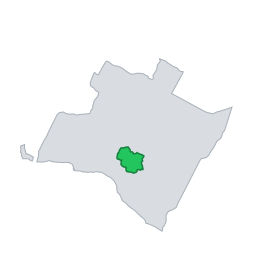 Angola, with Huambo highlighted, rotated 297°
{"feature_id": "AGO-1890", "entity_name": "Huambo", "entity_type": "Province", "adm_level": 1, "iso_a3": "AGO", "parent_name": "Angola", "parent_adm1": "", "projection": "orthographic", "projection_center": [15.812, -12.604], "detail": "fine", "context": "in_parent", "style": "filled", "palette": "green", "viewbox_px": 256, "rotation_deg": 297, "n_neighbors": 0, "source": "natural_earth", "source_scale": "10m", "svg_char_len": 5715}
<svg xmlns="http://www.w3.org/2000/svg" viewBox="0 0 256 256"><g transform="rotate(297 128 128)"><path d="M204.0,124.6L204.2,126.2L204.4,128.6L204.6,130.3L204.7,131.0L204.8,131.4L204.6,131.9L204.3,132.9L204.0,133.7L203.8,134.4L203.9,135.5L203.5,138.9L203.4,140.6L203.8,143.6L203.7,144.5L202.6,147.2L202.3,148.6L202.2,149.3L203.2,151.3L203.1,151.7L202.3,151.8L201.6,151.9L178.5,151.2L177.6,186.2L177.5,189.2L178.1,193.1L179.3,197.4L179.8,197.9L181.2,198.7L183.0,200.3L184.0,201.6L186.1,203.7L188.8,206.5L193.8,211.2L176.5,214.1L169.8,215.2L169.2,215.2L168.2,214.7L166.1,214.6L163.6,215.2L161.6,215.3L160.2,215.0L158.7,214.4L157.4,213.5L155.0,213.2L151.5,213.3L148.2,213.1L145.0,212.5L142.7,212.3L141.3,212.4L139.8,212.2L138.3,211.7L137.0,210.9L135.4,209.1L134.2,207.5L133.9,207.3L133.5,207.0L133.1,206.9L126.2,206.8L84.3,206.7L79.4,207.0L79.0,206.9L78.4,206.7L78.0,206.4L76.6,205.5L75.4,204.8L73.8,203.6L72.7,202.3L71.8,201.9L70.2,201.7L69.0,201.5L68.1,201.4L66.4,202.1L65.1,202.7L64.2,203.3L62.7,204.0L61.3,204.6L59.0,204.6L58.5,204.7L57.2,204.7L56.0,204.1L54.8,204.2L53.4,204.9L51.5,205.2L51.8,200.4L52.3,198.2L52.2,195.7L51.8,189.0L51.5,188.1L51.2,187.1L52.4,186.2L53.0,185.6L53.8,184.5L54.4,182.9L55.1,179.5L57.5,171.6L58.6,163.9L60.1,160.3L60.6,156.2L64.9,150.9L65.9,147.6L68.2,146.0L71.3,144.3L73.6,141.2L74.7,139.2L75.9,135.1L75.9,131.0L76.6,125.4L76.4,123.8L75.2,121.6L75.0,120.0L73.9,118.5L72.7,117.3L72.1,115.2L70.0,111.9L69.4,109.7L68.4,108.1L68.3,106.2L67.7,104.1L66.7,102.1L65.7,99.7L65.7,99.0L66.3,98.1L66.9,97.8L66.7,98.3L66.3,98.8L66.4,99.2L70.2,95.1L70.5,94.3L70.3,93.4L70.3,92.3L70.5,91.0L66.7,83.5L63.8,76.5L63.3,72.9L59.4,68.3L57.9,65.3L57.0,63.2L56.3,62.4L56.6,62.0L57.6,61.9L59.8,61.4L62.8,60.8L65.6,59.5L66.3,59.0L67.8,58.9L69.3,59.2L69.9,58.9L70.2,58.9L73.7,58.9L75.2,58.8L77.9,58.8L79.7,58.9L80.7,59.0L83.3,59.2L86.6,59.1L87.8,59.0L92.1,58.9L100.3,58.8L104.6,58.8L107.8,58.8L109.3,59.3L110.7,60.1L111.3,60.9L111.6,61.2L112.0,62.0L112.7,62.6L113.0,63.6L112.7,65.0L112.9,66.6L113.3,68.4L114.2,70.4L115.5,72.5L116.1,74.1L115.9,75.3L116.3,76.6L117.3,78.0L118.1,78.7L118.5,79.2L119.6,81.3L123.3,87.1L123.9,87.4L124.7,87.3L126.4,87.1L128.1,87.1L129.3,87.6L129.8,87.5L131.7,86.5L133.5,86.3L135.4,85.9L136.4,85.5L137.5,85.5L140.7,86.3L141.2,86.4L143.8,86.4L146.3,86.0L146.7,82.7L146.7,82.0L147.3,80.7L148.1,79.7L148.2,78.6L148.2,77.2L148.7,75.5L150.4,74.1L153.2,73.5L154.7,73.4L157.2,73.1L160.9,72.8L162.3,72.8L162.4,73.0L161.6,75.4L161.6,76.2L161.8,77.0L162.5,77.4L169.9,77.6L177.0,78.1L177.4,78.2L177.7,78.4L178.1,79.6L178.0,81.9L177.2,85.2L177.5,88.4L178.6,91.4L178.7,95.9L177.6,102.0L177.3,105.8L177.9,107.4L179.0,109.1L180.7,110.9L182.0,113.3L183.0,116.1L183.3,117.9L183.0,118.6L183.0,119.8L183.3,121.7L182.9,122.8L181.9,123.4L181.6,124.2L182.0,125.8L182.1,127.2L182.8,128.1L183.2,128.2L184.2,127.7L185.4,126.8L186.3,126.4L187.7,126.5L189.5,126.8L192.8,127.0L193.8,126.9L196.9,125.7L197.7,125.6L198.9,125.8L200.6,126.2L202.3,126.3L203.1,126.0L203.2,125.4L203.5,124.8L204.0,124.6ZM66.3,43.3L66.1,43.5L64.7,44.1L63.2,44.6L61.2,46.8L60.2,47.7L59.9,48.0L59.0,48.5L58.4,49.0L58.8,49.5L59.3,49.9L59.3,53.4L59.1,56.9L58.9,57.2L57.6,57.3L55.9,57.6L55.4,57.8L55.2,57.4L54.6,56.2L55.0,55.0L55.3,54.0L54.9,52.2L54.0,50.6L53.1,48.6L52.8,48.2L53.6,47.5L54.7,46.0L55.2,45.3L56.5,45.1L57.0,44.5L57.4,43.7L57.5,43.2L59.0,42.8L60.8,42.0L61.8,41.2L62.8,40.7L63.4,40.7L63.8,40.9L65.0,42.3L66.0,43.1L66.3,43.3Z" fill="#d9dde1" stroke="#a8b0b8" stroke-width="1"/><path d="M100.6,130.3L101.6,130.7L102.2,130.8L102.6,130.9L103.0,130.8L103.6,130.7L104.5,130.4L106.0,130.7L106.4,130.8L107.1,130.9L107.3,131.0L107.5,131.4L107.6,131.5L107.6,131.8L107.7,132.4L107.8,132.5L108.0,132.8L108.2,133.0L108.5,133.3L108.6,133.5L108.9,133.7L109.5,134.2L109.6,134.3L109.7,134.5L109.8,134.9L109.8,135.0L110.5,135.7L110.6,135.9L110.8,136.1L111.0,136.3L111.1,136.6L111.0,137.1L110.8,137.4L110.4,137.9L110.3,138.2L110.2,138.5L110.1,138.8L109.8,139.4L109.6,139.6L108.9,140.2L108.6,140.3L108.3,140.6L108.2,140.7L108.1,140.8L108.0,141.0L108.0,141.3L108.2,141.5L108.3,141.9L108.5,142.3L108.6,142.7L108.5,143.1L108.5,143.4L108.4,143.7L108.3,143.8L108.2,143.9L107.8,144.2L107.6,144.4L107.6,144.6L107.6,144.9L107.7,145.2L108.2,145.7L108.4,146.2L108.6,146.4L108.9,146.6L109.5,146.9L110.1,147.1L110.0,147.9L110.1,148.5L110.1,148.9L110.1,149.1L110.1,149.5L110.2,151.1L110.5,152.3L110.5,152.5L110.4,152.6L110.4,152.8L110.5,153.1L110.5,153.8L110.3,154.9L109.5,155.0L109.1,155.0L108.6,154.8L107.6,154.8L107.2,154.7L106.8,154.7L106.4,154.8L106.2,155.0L105.6,155.8L105.4,155.9L105.0,156.0L104.7,156.0L104.4,155.9L103.9,155.5L103.7,155.4L103.2,155.5L102.7,155.9L100.6,158.2L99.5,158.8L99.1,159.3L98.9,159.6L97.9,160.1L97.7,160.1L97.6,159.8L97.6,159.1L97.5,158.8L97.4,158.6L97.2,158.5L96.9,158.5L96.4,158.5L96.1,158.3L96.0,158.0L95.8,156.5L95.7,156.2L95.5,155.8L95.1,155.3L94.8,155.3L93.2,155.6L92.6,155.5L92.1,155.2L91.7,154.8L91.1,154.3L90.8,154.0L90.4,153.3L90.2,153.0L90.1,152.7L90.2,152.4L90.2,152.2L90.3,151.9L90.3,151.3L90.1,150.5L90.0,150.3L89.7,149.9L89.3,149.1L89.2,148.5L88.9,147.6L88.8,147.2L88.8,146.9L88.8,146.3L89.0,146.0L89.2,145.8L89.8,145.4L90.0,145.1L90.3,144.9L90.6,144.7L90.9,144.6L91.3,144.5L91.8,144.4L92.1,144.1L91.8,143.5L91.8,143.2L91.4,142.0L91.4,141.7L91.5,140.1L92.1,138.7L92.3,138.4L92.6,138.1L94.1,137.6L94.4,137.5L94.6,137.5L94.7,137.4L94.9,137.2L95.1,137.1L95.4,137.0L96.0,137.0L95.9,136.9L95.8,136.7L95.9,136.3L95.9,136.1L96.0,136.0L96.0,135.9L95.9,135.7L95.9,135.4L96.0,135.4L96.1,135.2L96.1,134.9L96.2,134.7L96.2,134.4L96.0,134.2L96.0,133.9L95.9,133.6L95.6,133.1L95.8,132.2L96.2,131.8L97.2,131.4L97.7,131.2L98.0,131.1L99.0,130.9L100.2,130.6L100.6,130.3Z" fill="#22c55e" stroke="#15803d" stroke-width="1.5"/></g></svg>